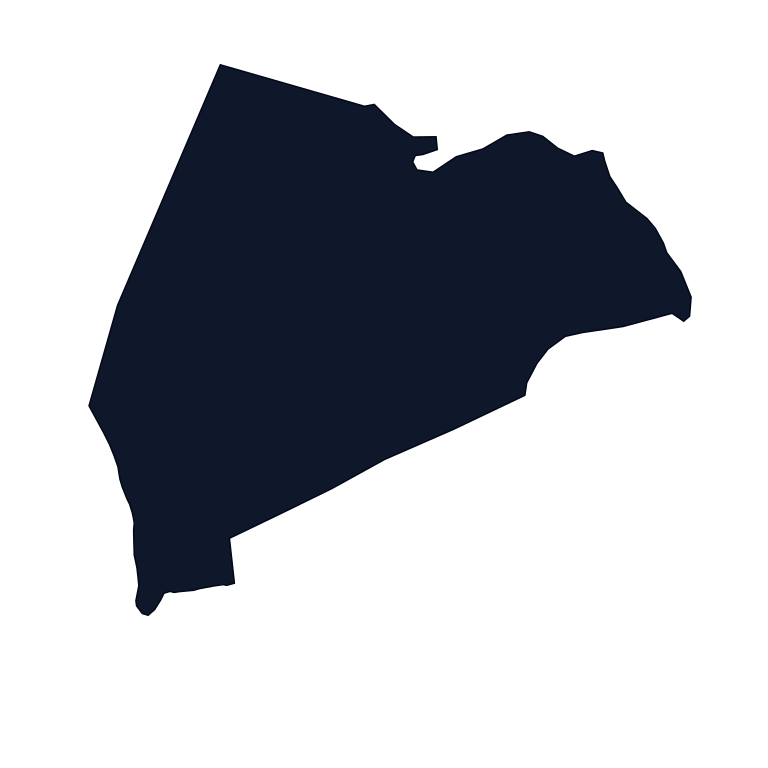 outline of Fond Bernier, Soufrière, Saint Lucia, rotated 13°
{"feature_id": "8701671B2449694797689", "entity_name": "Fond Bernier", "entity_type": "district", "adm_level": 2, "iso_a3": "LCA", "parent_name": "Saint Lucia", "parent_adm1": "Soufrière", "projection": "equal_earth", "projection_center": [-61.059, 13.858], "detail": "fine", "context": "isolated", "style": "filled", "palette": "ink", "viewbox_px": 768, "rotation_deg": 13, "n_neighbors": 0, "source": "geoboundaries", "source_scale": "gbopen_adm2", "svg_char_len": 1190}
<svg xmlns="http://www.w3.org/2000/svg" viewBox="0 0 768 768"><g transform="rotate(13 384 384)"><path d="M101.5,471.6L103.5,473.9L121.0,493.6L130.2,504.7L137.2,514.7L143.5,524.7L145.0,528.5L148.1,536.1L152.0,543.0L159.6,554.0L163.3,558.5L167.7,566.1L169.8,570.6L171.9,575.5L172.9,582.7L175.7,593.7L179.1,606.8L184.6,618.6L187.9,627.9L190.5,635.8L191.0,650.9L192.8,655.8L200.1,662.0L206.2,662.4L211.2,655.5L214.9,644.9L216.7,637.3L222.2,634.2L226.4,634.3L231.7,632.2L245.0,627.8L249.8,625.1L263.7,619.0L272.6,615.6L275.9,615.6L283.0,611.8L282.5,610.2L268.1,569.1L311.9,534.0L356.7,497.6L401.5,457.4L462.2,412.3L523.8,363.3L522.8,350.7L528.4,329.4L535.9,313.1L549.9,296.8L565.8,289.2L604.0,274.2L648.8,250.3L661.9,255.4L666.5,249.1L663.7,230.3L647.9,207.7L630.1,192.6L624.5,183.8L613.3,171.3L603.1,163.7L578.8,152.4L566.7,139.9L557.4,131.1L549.0,117.3L545.2,109.7L534.4,109.7L518.2,119.2L500.1,115.1L483.0,107.0L468.8,105.6L447.7,113.8L427.5,132.7L403.3,146.3L384.2,166.6L368.0,168.0L362.0,161.2L363.0,154.4L370.1,151.7L383.2,143.6L379.1,131.4L356.9,136.8L335.8,128.7L311.6,113.8L302.5,117.8L152.7,109.8L106.7,367.3L101.5,471.6Z" fill="#0f172a" stroke="#020617" stroke-width="1.5"/></g></svg>